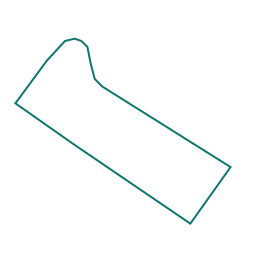 Al Farafra Oasis, Al Wadi at Jadid, Egypt (Robinson projection), rotated 215°
{"feature_id": "37247803B67299056810507", "entity_name": "Al Farafra Oasis", "entity_type": "district", "adm_level": 2, "iso_a3": "EGY", "parent_name": "Egypt", "parent_adm1": "Al Wadi at Jadid", "projection": "robinson", "projection_center": [27.531, 27.044], "detail": "fine", "context": "isolated", "style": "outline", "palette": "teal", "viewbox_px": 256, "rotation_deg": 215, "n_neighbors": 0, "source": "geoboundaries", "source_scale": "gbopen_adm2", "svg_char_len": 370}
<svg xmlns="http://www.w3.org/2000/svg" viewBox="0 0 256 256"><g transform="rotate(215 128 128)"><path d="M234.4,83.7L230.3,83.6L230.2,83.6L163.8,83.5L22.1,85.4L22.0,97.6L21.7,135.7L21.6,154.8L172.7,147.2L183.4,149.1L196.0,159.8L207.8,171.2L216.2,172.5L222.9,170.6L229.5,163.2L233.1,136.8L234.4,83.7L234.4,83.7Z" fill="none" stroke="#0f766e" stroke-width="2"/></g></svg>